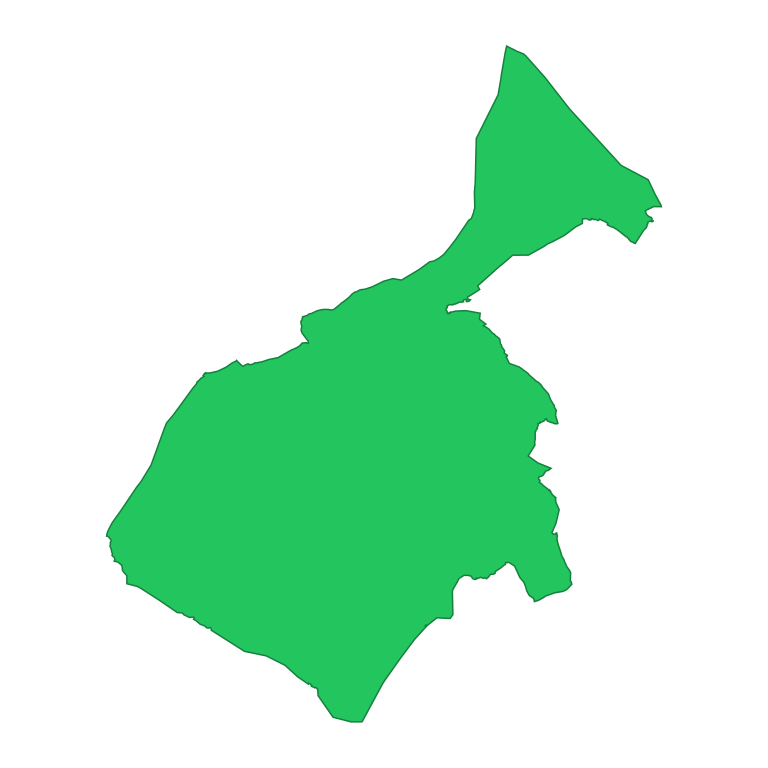 outline of Nord-Aurdal nor, Oppland, Norway
{"feature_id": "86288312B2745383229775", "entity_name": "Nord-Aurdal nor", "entity_type": "district", "adm_level": 2, "iso_a3": "NOR", "parent_name": "Norway", "parent_adm1": "Oppland", "projection": "albers", "projection_center": [9.398, 61.004], "detail": "fine", "context": "isolated", "style": "filled", "palette": "green", "viewbox_px": 768, "rotation_deg": 0, "n_neighbors": 0, "source": "geoboundaries", "source_scale": "gbopen_adm2", "svg_char_len": 6111}
<svg xmlns="http://www.w3.org/2000/svg" viewBox="0 0 768 768"><path d="M362.1,721.8L382.3,684.3L384.9,680.2L400.4,658.3L414.3,639.7L426.0,626.8L425.1,625.9L425.9,625.0L426.6,625.2L426.9,625.8L436.9,617.8L450.1,618.5L452.9,614.6L452.4,593.1L452.5,590.7L453.6,588.2L457.2,582.2L458.3,579.8L459.2,578.4L464.1,575.3L467.9,575.4L470.8,576.0L473.0,578.8L474.7,579.5L476.1,579.1L476.1,578.5L476.5,578.0L477.1,578.6L478.1,577.9L479.1,578.0L480.6,577.3L483.4,578.3L485.3,577.7L486.2,578.7L486.7,578.7L487.6,577.6L488.2,577.4L490.4,574.4L493.8,574.1L495.1,573.3L495.1,571.9L495.4,571.5L501.0,567.8L504.0,565.2L505.4,564.4L505.5,563.0L505.7,562.5L506.3,562.7L509.0,562.4L514.6,566.1L519.9,577.6L524.0,582.5L525.8,587.3L526.7,590.8L529.3,595.5L533.7,598.5L534.4,601.6L538.4,600.4L543.8,597.4L545.7,596.0L554.8,592.8L562.9,591.4L566.1,589.9L567.5,588.8L571.8,584.3L571.2,581.8L570.4,580.9L570.6,572.5L569.6,570.5L566.8,566.6L564.4,561.2L564.1,560.0L562.1,556.4L561.6,555.2L560.2,550.3L558.6,545.8L557.6,542.2L556.9,538.5L557.4,536.0L556.6,532.9L556.1,533.0L555.8,534.0L555.4,534.2L554.1,534.0L553.9,534.3L552.6,533.7L552.0,532.5L556.0,523.2L559.2,509.7L555.8,502.1L555.6,498.4L555.9,497.7L552.4,494.8L552.0,493.9L551.1,493.0L550.8,492.1L550.8,491.6L550.3,490.9L549.9,490.9L549.9,490.5L549.2,490.6L549.0,489.6L548.3,489.8L547.6,488.9L542.8,485.2L542.5,484.6L540.9,483.2L539.3,482.5L539.9,481.3L540.0,480.6L539.7,480.0L538.7,479.4L538.7,478.6L538.5,478.2L539.0,477.3L539.0,476.7L541.2,476.4L543.0,475.3L544.0,473.9L544.1,473.3L544.8,472.9L545.4,471.2L548.6,470.3L549.2,469.5L549.9,469.3L550.0,468.9L551.0,468.3L537.8,462.9L528.2,456.0L534.9,445.2L534.7,441.9L535.2,439.1L535.2,432.5L536.2,430.0L537.4,428.5L537.2,427.5L537.7,426.7L538.3,424.7L537.9,424.1L538.0,423.6L538.8,423.2L539.9,423.2L540.1,423.0L539.8,422.4L540.2,422.0L541.8,422.1L543.1,421.2L543.9,421.1L545.6,418.8L546.5,418.9L546.3,419.6L547.2,420.4L547.4,421.0L551.2,422.5L552.9,422.8L553.9,423.5L555.4,423.8L556.0,423.6L557.2,423.9L557.9,423.2L555.6,415.7L555.8,413.4L555.7,412.8L556.0,411.5L556.3,411.1L556.3,410.3L554.9,408.2L554.3,406.7L554.0,404.9L552.9,403.8L552.4,402.5L551.3,401.1L549.4,396.7L548.5,394.0L542.4,387.1L541.8,385.9L540.2,384.0L538.5,382.4L536.2,381.1L528.9,374.7L528.2,373.5L519.3,367.0L509.3,363.4L506.1,356.7L507.1,356.2L507.4,355.3L504.2,353.1L504.6,350.8L501.7,346.6L501.4,345.0L500.6,344.0L500.2,342.7L499.8,339.2L498.5,337.8L495.4,335.6L494.5,334.3L492.2,332.9L488.9,329.0L485.7,326.9L483.3,325.8L485.9,324.1L479.5,319.3L480.2,313.2L465.6,310.6L455.7,311.1L451.0,312.2L450.6,312.0L450.3,312.2L450.7,312.5L450.3,313.0L450.0,313.0L450.0,312.6L449.8,312.6L449.4,312.7L449.4,313.4L448.0,313.7L447.7,312.8L447.2,312.8L447.2,311.7L446.8,310.8L445.8,309.7L447.5,307.1L447.1,306.4L447.1,305.9L449.8,304.6L452.8,304.9L454.0,304.1L455.1,304.1L457.3,303.3L457.8,302.7L458.8,302.6L459.8,301.9L461.9,302.2L463.2,301.8L462.8,301.5L464.2,299.4L466.6,300.0L466.3,301.5L466.5,301.6L469.0,301.3L470.4,299.8L468.9,299.4L467.3,298.4L467.8,296.7L469.3,296.1L479.7,289.5L477.6,285.9L499.8,266.1L502.1,264.4L512.7,255.2L528.4,255.1L544.4,246.2L547.6,243.9L552.6,241.7L564.4,235.4L575.7,226.9L582.4,223.4L582.5,218.9L586.1,218.6L587.5,219.0L589.0,220.0L590.9,219.9L591.1,219.7L590.8,219.3L590.9,219.0L591.5,218.5L592.6,218.7L592.7,219.0L593.6,219.6L595.7,219.4L597.8,220.5L598.9,220.1L599.7,219.1L602.9,220.8L603.7,220.9L607.7,223.3L607.9,223.8L607.4,224.3L607.4,224.9L611.2,226.8L614.1,227.5L614.6,228.3L616.7,229.3L626.2,236.8L626.9,236.9L627.6,237.9L628.6,238.7L629.2,239.9L630.0,240.3L630.3,241.0L631.0,241.6L633.0,242.2L633.8,243.0L635.2,243.5L643.8,230.2L646.4,227.6L647.1,225.5L647.1,224.3L647.9,223.8L647.8,222.4L648.0,222.1L650.2,221.1L651.9,221.7L652.9,221.5L653.1,220.8L652.4,220.9L651.8,220.3L652.0,219.9L651.8,219.3L652.1,218.6L651.1,217.3L649.1,216.8L646.3,214.2L645.4,210.6L653.8,206.6L661.4,206.7L661.0,205.2L655.1,194.3L648.2,179.8L621.1,165.4L569.5,108.9L545.0,77.5L525.9,56.0L523.7,54.0L517.0,51.3L506.6,46.1L505.2,52.6L501.3,75.2L501.1,77.4L498.1,94.8L476.3,138.4L475.2,183.3L474.4,192.2L474.8,208.1L473.9,210.5L473.6,212.5L471.3,218.6L468.7,220.3L456.1,238.9L450.1,246.8L443.5,254.7L439.2,258.0L433.8,261.0L429.7,261.8L419.0,269.6L401.5,280.1L392.9,278.6L383.4,281.3L372.2,286.8L365.0,289.2L360.7,289.7L358.7,290.5L355.8,292.1L355.0,292.0L351.9,294.2L349.4,297.0L343.5,301.7L341.7,302.8L339.6,304.8L333.6,309.6L331.6,310.0L328.0,309.4L323.8,309.4L320.1,310.0L316.5,311.0L311.6,313.4L308.7,314.1L307.2,315.5L302.5,316.8L302.7,317.7L302.0,318.5L302.3,319.3L302.1,319.9L300.9,321.3L301.1,323.9L301.9,326.7L301.5,327.6L301.1,329.9L301.3,331.1L301.8,331.7L302.0,332.9L307.0,339.7L307.9,340.6L308.2,341.3L308.2,343.3L308.0,343.5L306.1,342.7L302.3,343.0L299.4,346.0L296.5,347.8L290.4,350.5L278.1,357.6L268.8,359.5L262.6,361.6L256.4,362.9L254.8,362.9L252.2,364.4L250.8,364.4L249.5,364.9L248.2,363.8L246.2,364.5L242.7,366.4L237.3,361.3L236.7,360.4L236.2,361.0L231.7,363.2L226.3,367.1L217.6,371.2L210.8,372.8L207.0,373.2L205.9,372.6L205.1,373.4L205.1,373.6L204.4,373.4L204.1,373.9L204.2,374.1L203.1,375.6L204.0,376.4L201.1,378.1L198.9,380.5L197.1,381.9L197.0,382.0L197.3,382.3L196.1,384.3L192.9,388.1L179.5,406.5L173.1,415.2L166.6,422.9L164.6,427.7L151.1,465.0L141.0,481.6L136.4,487.5L120.6,511.0L112.4,522.4L109.3,528.2L107.4,532.3L106.6,536.1L107.4,536.1L109.0,537.4L111.2,540.1L111.0,541.2L110.3,542.3L110.4,543.9L110.0,546.1L111.3,549.5L111.6,551.5L112.3,553.4L112.3,554.4L112.0,555.5L114.3,557.6L114.7,558.4L114.8,559.4L114.2,561.0L114.3,561.4L117.6,561.8L121.7,565.3L122.2,567.5L122.4,570.1L123.5,572.0L126.9,575.7L126.8,583.7L137.2,586.4L139.7,587.6L158.2,599.5L177.4,612.6L182.2,612.9L183.9,614.8L189.7,617.5L192.7,617.1L194.1,617.5L194.1,618.5L193.6,619.3L196.0,620.7L200.1,624.2L204.9,626.0L206.5,627.8L208.6,628.1L210.7,627.5L211.2,628.4L211.2,630.2L244.6,651.4L266.3,655.9L285.0,665.3L297.9,677.0L308.4,684.1L308.7,683.3L310.3,684.1L311.7,685.3L311.2,686.0L312.0,686.5L315.0,687.9L315.7,687.5L316.9,688.2L317.0,688.8L317.7,689.2L318.1,695.7L333.1,717.3L351.2,721.9L362.1,721.8Z" fill="#22c55e" stroke="#15803d" stroke-width="1.5"/></svg>